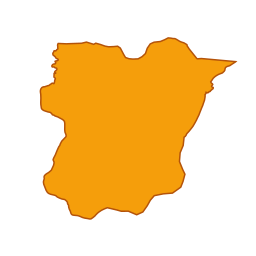 the district of Thateng, Xékong, Laos, rotated 281°
{"feature_id": "54806243B20325716676417", "entity_name": "Thateng", "entity_type": "district", "adm_level": 2, "iso_a3": "LAO", "parent_name": "Laos", "parent_adm1": "Xékong", "projection": "natural_earth1", "projection_center": [106.496, 15.416], "detail": "fine", "context": "isolated", "style": "filled", "palette": "amber", "viewbox_px": 256, "rotation_deg": 281, "n_neighbors": 0, "source": "geoboundaries", "source_scale": "gbopen_adm2", "svg_char_len": 5463}
<svg xmlns="http://www.w3.org/2000/svg" viewBox="0 0 256 256"><g transform="rotate(281 128 128)"><path d="M197.6,42.9L197.6,43.0L195.7,43.1L194.2,43.6L193.3,43.7L193.1,43.8L192.8,44.0L192.6,44.0L192.4,44.0L192.2,44.0L191.9,43.8L191.6,43.4L191.2,43.1L190.4,42.7L190.0,42.4L189.9,42.3L189.9,42.1L189.9,41.5L189.8,41.4L189.7,41.0L189.6,40.7L189.3,40.7L188.5,40.5L187.2,40.0L186.9,40.0L186.6,40.0L186.3,40.1L185.9,40.3L185.6,40.4L185.5,40.5L185.3,40.6L185.2,40.7L185.1,40.9L184.9,41.2L184.7,41.8L184.6,42.0L184.4,42.3L184.0,42.9L183.8,43.1L183.4,43.5L183.1,43.7L182.9,44.0L182.7,44.3L182.6,44.5L182.5,44.9L182.5,45.3L182.4,45.6L182.3,45.9L182.2,46.1L181.9,46.4L181.5,46.5L181.3,46.4L181.1,46.3L180.9,46.1L180.7,45.9L180.5,45.5L180.1,44.6L179.8,43.9L179.6,43.7L179.4,43.7L179.1,43.8L178.7,44.4L178.6,44.5L178.4,44.5L177.9,44.6L177.6,44.5L177.3,44.4L177.2,44.2L176.9,43.9L176.8,43.7L176.8,43.4L176.7,43.1L176.5,42.7L176.4,42.5L176.1,42.2L175.9,42.0L175.6,41.8L175.4,41.7L174.9,41.5L174.5,41.4L174.2,41.5L173.9,41.6L173.7,41.7L173.6,41.9L173.5,42.1L173.5,42.4L173.5,42.6L173.6,42.9L173.8,43.4L173.8,43.8L173.7,44.0L173.4,44.5L173.2,44.8L173.1,45.0L173.1,45.3L173.1,46.0L173.1,46.3L173.1,46.5L172.8,46.7L172.4,46.9L172.2,47.0L171.9,47.0L171.6,46.9L171.2,46.7L170.8,46.4L170.5,46.2L170.1,45.9L169.8,45.6L169.6,45.5L169.4,45.5L169.1,45.4L168.7,45.3L168.5,45.5L168.4,46.1L168.3,46.3L168.2,46.5L167.9,46.5L167.8,46.3L167.7,46.1L167.6,45.6L167.5,45.2L167.4,45.1L167.1,45.0L166.8,45.1L166.6,45.2L165.8,45.3L165.0,45.4L164.4,45.5L164.0,45.6L163.8,45.7L163.6,45.9L163.5,46.1L163.3,46.5L163.2,46.8L163.0,47.0L162.7,47.2L162.5,47.3L162.3,47.3L162.1,47.3L161.9,47.2L161.5,47.1L161.2,47.0L160.8,47.0L160.3,47.0L159.7,47.1L159.2,47.1L158.9,47.0L158.6,47.0L157.9,46.9L157.6,46.9L157.4,46.7L157.5,45.9L157.6,45.6L157.6,45.3L157.5,45.1L157.4,44.8L157.2,44.6L156.9,44.3L156.6,44.1L156.4,44.0L156.3,43.9L156.2,43.8L156.1,43.6L156.0,43.4L155.8,43.2L155.5,43.0L155.1,42.7L154.9,42.5L154.7,42.2L154.4,41.7L154.2,41.1L153.8,40.5L153.4,39.7L153.2,39.4L152.8,38.7L152.6,38.3L152.5,38.1L152.4,37.7L152.3,37.2L152.1,36.9L151.8,36.4L151.7,36.3L151.7,36.2L151.3,35.8L151.0,35.6L150.6,35.4L150.1,35.2L149.7,35.0L149.2,34.9L147.6,34.9L146.1,35.3L144.5,35.9L140.7,36.8L136.4,37.5L134.3,38.0L130.9,39.2L130.1,39.9L129.4,41.1L129.3,41.5L129.1,42.0L129.0,42.7L128.9,43.2L128.8,44.0L128.7,44.7L128.6,45.7L128.5,46.2L128.5,46.6L128.5,47.4L128.5,48.2L128.5,48.6L128.4,48.9L128.2,49.2L127.8,50.0L127.6,50.3L127.3,50.6L126.7,51.1L126.6,51.3L126.5,51.5L126.5,51.8L126.5,52.6L126.4,52.8L126.4,53.0L126.2,53.4L125.9,53.9L125.5,56.9L123.9,62.0L123.1,63.5L122.2,64.4L120.3,65.1L117.7,65.6L114.3,66.2L112.0,66.9L109.6,68.4L108.3,68.8L107.5,68.7L105.3,67.3L102.5,65.5L99.6,64.6L97.7,64.3L96.6,63.7L93.8,63.0L91.5,62.5L87.8,61.8L84.4,60.8L82.8,60.5L82.0,60.8L80.5,61.9L79.0,62.1L77.0,62.0L74.5,61.4L72.0,60.8L70.4,59.6L69.1,58.5L67.3,56.5L65.7,55.3L64.6,54.9L63.3,55.1L62.3,55.5L61.4,55.4L59.6,55.2L58.4,55.4L56.8,56.0L54.7,57.3L51.1,59.6L49.3,61.3L48.6,62.7L48.2,64.6L48.0,68.9L47.8,70.0L46.8,71.7L46.2,73.9L45.7,76.6L45.7,79.5L45.1,80.8L44.9,81.0L44.7,81.3L44.5,81.6L44.4,81.8L44.2,82.0L43.8,82.4L43.6,82.6L43.2,82.8L42.7,83.0L42.4,83.1L42.2,83.1L41.9,83.3L41.6,83.6L41.3,84.0L41.1,84.1L40.8,84.3L40.5,84.5L40.1,84.6L39.6,84.7L39.2,84.8L38.9,85.0L38.5,85.1L38.2,85.3L37.4,85.7L36.9,86.0L36.5,86.4L36.1,86.6L35.7,87.0L33.0,88.5L32.2,89.6L32.0,90.6L32.1,92.1L32.4,95.2L32.3,96.5L32.0,98.2L31.5,100.3L31.3,102.8L31.4,105.3L31.4,107.8L31.7,109.0L33.2,110.5L35.2,112.2L36.6,113.0L38.7,114.4L40.1,115.6L42.0,117.5L43.1,118.9L44.2,120.4L45.8,122.9L45.4,132.8L45.0,137.3L46.4,144.2L44.5,153.1L48.4,158.6L55.3,161.7L61.4,163.7L66.6,166.7L70.1,175.2L72.6,184.1L80.0,191.1L86.1,192.2L93.5,192.7L97.4,189.8L104.9,184.9L113.6,183.9L121.4,185.5L129.7,184.8L130.7,185.8L132.3,186.5L133.5,186.7L136.4,188.5L139.6,190.2L142.0,191.4L146.0,192.8L149.2,193.8L149.4,193.8L152.1,194.5L154.2,195.1L157.1,195.6L159.2,196.0L161.9,196.5L164.1,197.0L166.5,197.3L169.9,197.8L173.4,197.7L175.6,197.3L175.8,197.5L176.0,197.6L176.4,197.7L176.6,197.8L176.8,198.0L177.2,198.1L177.3,198.1L177.5,197.9L177.9,197.8L177.9,198.1L177.9,198.4L177.8,198.7L177.8,199.0L177.7,199.3L177.7,199.5L177.8,199.7L177.9,199.8L178.1,200.0L178.4,200.1L178.6,200.2L178.7,200.3L178.9,200.6L179.2,201.2L179.4,201.4L179.6,201.6L179.8,201.8L180.1,201.9L180.4,201.9L180.6,202.1L180.8,202.3L181.1,202.6L181.4,202.8L181.7,203.0L182.0,203.1L182.3,203.4L182.4,203.7L182.6,203.8L182.9,204.0L183.3,204.0L183.6,204.0L184.0,203.9L184.0,203.7L184.0,203.4L184.1,203.1L184.3,202.7L184.5,202.5L184.7,202.2L184.9,202.1L185.3,202.1L186.0,202.5L186.8,202.9L187.2,202.7L187.7,202.0L188.1,201.2L188.5,200.8L189.1,200.4L189.4,200.6L191.0,201.3L193.0,202.1L194.7,203.3L196.4,204.9L198.0,206.8L199.6,209.4L200.1,210.2L202.1,211.6L203.1,212.0L205.2,212.0L206.1,212.3L207.3,213.5L208.6,216.0L210.3,217.7L213.4,220.9L213.7,221.1L210.2,186.8L209.7,184.9L209.2,183.2L209.2,182.6L209.4,182.2L217.3,172.9L218.8,171.5L219.6,170.6L221.1,169.9L222.3,166.5L222.5,164.4L222.9,162.4L223.8,159.9L224.3,158.6L224.7,157.0L224.4,154.9L224.4,152.9L224.1,150.2L221.7,147.2L219.1,143.3L217.2,137.2L214.8,133.8L210.0,131.7L204.4,130.9L200.7,128.2L197.8,124.7L196.6,119.7L196.2,115.8L196.7,112.1L199.5,109.6L205.0,105.2L206.3,102.2L205.2,98.5L204.0,93.5L204.0,89.8L204.7,85.1L205.1,80.2L203.6,78.4L204.4,70.8L202.3,66.2L199.5,54.0L198.9,51.6L197.6,42.9Z" fill="#f59e0b" stroke="#b45309" stroke-width="1.5"/></g></svg>